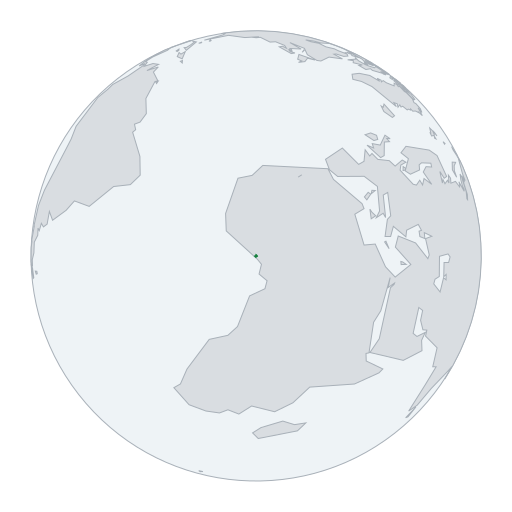 globe centered on Mono, rotated 52°
{"feature_id": "BEN-2180", "entity_name": "Mono", "entity_type": "Department", "adm_level": 1, "iso_a3": "BEN", "parent_name": "Benin", "parent_adm1": "", "projection": "orthographic", "projection_center": [1.785, 6.48], "detail": "fine", "context": "on_globe", "style": "filled", "palette": "green", "viewbox_px": 512, "rotation_deg": 52, "n_neighbors": 0, "source": "natural_earth", "source_scale": "10m", "svg_char_len": 8666}
<svg xmlns="http://www.w3.org/2000/svg" viewBox="0 0 512 512"><g transform="rotate(52 256 256)"><circle cx="256" cy="256" r="225" fill="#eef3f6" stroke="#a8b0b8"/><path d="M175.7,45.5L172.6,46.8L174.8,46.1L169.9,48.2L176.0,46.0L180.1,44.3L184.1,42.9L185.8,42.6L179.8,44.9L178.1,45.4L177.2,46.0L173.4,47.4L176.2,46.5L168.7,49.8L178.6,46.2L174.7,48.6L169.0,51.0L166.5,51.1L147.0,59.1L140.5,62.8L133.9,67.1L128.0,73.8L122.1,78.2L116.3,83.8L121.0,80.8L127.1,75.5L134.3,72.1L141.0,66.7L144.9,64.8L153.0,59.9L155.0,60.5L152.7,64.0L146.1,68.5L144.9,70.4L153.9,66.5L144.2,76.0L142.3,84.8L139.4,87.6L129.0,91.6L122.2,90.0L108.7,97.9L120.7,93.0L113.4,101.4L113.6,103.2L115.9,103.2L120.0,100.3L118.2,103.6L105.5,108.9L107.0,106.0L111.0,104.1L107.7,103.8L99.2,108.7L96.1,113.2L86.4,117.9L84.1,121.5L80.7,124.9L85.0,118.7L77.0,130.3L65.2,141.8L54.1,163.8L61.4,146.0L61.8,143.4L61.3,143.0L59.3,146.5L60.3,144.4L69.4,129.8L79.6,115.9L90.8,102.8L103.0,90.7L116.1,79.5L130.0,69.3L144.6,60.2L159.9,52.3L175.7,45.5ZM45.0,177.2L45.8,174.9L46.5,174.3L39.3,194.4L39.4,199.1L35.6,214.8L34.7,223.6L36.4,222.4L37.7,227.3L40.9,218.7L45.0,214.8L42.7,227.8L46.9,216.6L47.9,223.6L57.6,225.5L56.3,228.2L64.1,245.8L76.3,254.8L79.1,264.9L77.3,270.6L82.4,273.1L82.5,277.0L106.1,286.2L121.0,297.5L122.4,311.1L113.6,325.4L114.2,356.9L100.8,365.2L103.1,377.5L102.6,394.3L93.7,391.4L102.3,401.0L102.2,405.6L98.1,405.0L102.6,411.2L99.8,410.6L105.3,415.2L108.6,422.2L116.8,429.1L121.2,434.6L126.7,438.6L125.5,438.1L126.3,439.1L129.0,441.1L121.8,436.6L110.8,427.8L106.8,423.8L105.1,422.6L95.6,411.9L96.6,413.7L82.3,396.3L73.9,382.2L54.4,339.1L50.1,329.8L43.0,317.8L33.7,283.0L33.4,270.1L32.6,263.4L35.4,245.9L36.5,228.0L36.0,225.0L34.3,231.1L34.3,218.5L36.8,204.8L37.6,200.7L45.0,177.2ZM50.6,171.2L51.0,184.2L47.6,184.3L48.8,182.5L49.4,177.5L49.4,172.5L47.3,173.9L50.6,171.2ZM57.8,159.9L57.5,158.8L58.3,159.0L57.8,159.9ZM151.3,60.0L152.1,59.9L150.2,60.8L151.3,60.0ZM154.0,58.0L151.2,59.1L152.1,58.4L153.8,57.7L154.0,58.0ZM157.3,56.9L154.0,57.0L155.6,55.8L163.5,52.4L157.3,56.9ZM180.6,44.0L176.3,45.7L178.4,44.7L180.6,44.0ZM194.7,39.2L189.3,40.8L194.7,39.2L180.9,43.7L181.0,43.6L194.7,39.2ZM185.9,42.3L185.3,42.3L191.5,40.3L193.8,40.0L191.1,40.7L185.9,42.3ZM190.5,41.0L194.8,39.9L193.4,40.7L186.9,42.3L190.5,41.0ZM192.2,40.0L195.3,39.1L194.3,39.4L192.2,40.0ZM190.9,43.7L190.1,43.3L193.3,42.1L190.9,43.7ZM196.5,39.5L196.9,39.3L198.1,38.9L200.5,38.4L196.5,39.5ZM202.7,37.1L203.1,37.0L204.0,36.8L208.6,35.8L209.1,35.6L203.2,37.0L207.1,36.1L208.1,36.0L202.1,37.4L202.4,37.2L202.7,37.1ZM206.5,36.9L200.0,39.1L200.8,39.9L198.0,40.8L197.2,39.5L206.5,36.9ZM204.4,37.0L205.1,37.1L201.3,38.0L198.5,38.6L204.4,37.0ZM212.9,34.9L213.4,34.8L212.4,35.0L212.9,34.9ZM207.5,36.9L209.0,36.4L208.0,36.8L207.5,36.9ZM212.4,35.1L211.1,35.3L212.7,35.0L212.4,35.1ZM213.2,35.5L211.1,36.1L209.2,36.3L213.2,35.5ZM213.5,35.1L216.1,34.6L209.7,36.1L212.6,35.3L213.5,35.1ZM214.2,34.8L214.8,34.6L214.6,34.7L214.2,34.8ZM221.9,34.5L214.4,36.2L210.0,36.6L217.9,34.8L221.9,34.5ZM136.5,445.6L123.7,438.0L129.7,441.6L127.2,439.1L136.3,444.5L136.5,445.6ZM132.0,439.2L133.1,438.1L135.3,439.3L135.0,440.4L132.0,439.2ZM469.2,183.1L463.7,169.5L464.9,176.0L468.3,199.5L472.8,220.9L472.2,231.2L461.7,202.0L454.2,182.3L452.1,184.9L439.8,169.8L423.5,171.7L419.6,167.0L416.9,169.9L408.0,165.9L401.5,158.2L396.8,159.4L413.7,179.8L418.5,178.7L420.4,169.7L424.4,177.4L432.8,183.5L428.9,204.2L402.2,225.6L397.1,209.8L363.8,169.6L363.4,164.8L363.2,164.3L362.6,163.4L362.2,171.2L355.6,163.6L376.0,191.4L380.6,204.1L401.9,226.6L400.5,229.3L406.6,233.8L423.1,225.6L423.8,231.0L417.5,257.2L392.4,294.4L394.4,317.3L390.2,337.2L371.5,351.8L370.0,366.8L359.9,372.8L357.2,381.4L347.3,390.9L332.0,400.3L309.2,401.8L310.3,394.3L302.6,380.0L292.9,344.2L301.2,327.0L300.2,314.0L283.5,285.6L287.3,269.1L282.3,262.5L272.1,264.7L265.9,256.8L259.5,256.9L217.9,264.0L203.8,253.8L183.6,222.3L190.1,209.4L188.8,194.9L231.5,145.6L243.3,147.8L280.1,140.2L285.2,141.7L283.9,152.4L313.9,164.1L320.0,154.7L344.2,160.6L358.3,159.3L358.0,139.2L334.8,140.7L327.8,131.6L344.0,122.2L363.9,122.2L361.8,118.8L346.7,111.7L348.7,105.3L341.2,109.0L346.2,112.2L341.6,114.9L336.8,112.2L337.7,109.8L331.0,108.7L328.4,121.4L333.2,126.1L317.2,129.5L323.5,137.9L320.1,142.3L308.0,129.9L307.3,125.1L287.0,113.1L286.3,118.2L305.5,130.2L300.6,129.5L299.9,137.7L296.6,130.9L275.9,117.5L259.8,121.7L243.6,142.7L233.3,145.0L222.6,141.7L224.1,121.5L247.0,118.7L247.9,112.6L239.5,104.6L247.2,104.8L246.6,101.5L254.9,100.5L262.9,92.3L270.8,91.0L270.4,81.7L274.4,80.1L273.5,85.9L277.1,89.6L296.2,88.0L298.9,85.9L297.1,80.3L302.6,81.0L298.4,75.9L307.7,73.4L292.8,72.5L290.3,67.0L294.0,62.8L290.5,61.1L284.5,68.2L284.6,71.3L288.9,74.1L286.6,84.0L280.8,86.0L273.1,76.0L263.9,78.2L261.9,70.3L279.2,54.3L288.3,51.5L310.7,56.8L310.6,59.8L302.6,59.1L313.3,64.2L310.8,61.6L315.4,62.6L314.2,58.5L317.3,59.0L310.7,54.6L314.5,54.8L318.6,57.6L320.0,52.9L326.8,53.0L325.6,51.8L322.4,50.4L333.2,52.1L331.8,51.1L327.7,50.1L322.3,47.8L317.0,44.7L321.0,45.4L323.5,46.6L334.8,50.8L340.7,54.6L341.9,54.6L337.7,51.6L323.9,46.4L319.5,44.3L326.2,46.3L323.4,45.4L322.5,44.7L325.4,44.8L318.2,42.6L302.8,36.1L306.9,36.6L314.5,38.5L312.4,37.9L327.7,42.4L342.6,48.0L357.0,54.6L371.0,62.3L384.3,70.9L397.1,80.4L409.1,90.8L420.4,102.0L430.8,113.9L440.4,126.6L449.1,140.0L456.8,153.9L463.5,168.3L469.2,183.1ZM220.2,169.9L219.8,174.2L220.2,169.9ZM387.4,133.1L397.7,133.1L388.6,121.6L391.8,120.9L387.6,117.5L387.9,120.8L376.9,111.8L379.7,108.2L376.2,103.6L372.6,103.4L369.2,111.6L385.0,124.2L384.5,129.2L387.4,133.1ZM58.0,225.4L58.9,228.2L57.1,227.9L58.0,225.4ZM45.5,189.3L46.4,190.1L46.3,192.3L45.3,192.6L45.5,189.3ZM56.7,193.6L58.5,195.3L56.0,195.7L56.7,193.6ZM51.4,185.9L55.2,192.8L50.4,195.3L48.3,191.3L50.7,190.9L51.4,185.9ZM54.1,166.8L54.3,168.0L53.1,170.2L54.1,166.8ZM58.4,160.2L58.1,160.3L58.7,158.3L58.4,160.2ZM114.1,101.1L115.1,100.8L116.7,101.5L114.5,102.6L114.1,101.1ZM132.9,97.8L129.6,103.3L130.4,99.9L126.6,102.0L123.6,98.1L137.9,88.9L131.9,93.6L132.9,97.8ZM123.6,91.3L123.9,94.2L123.1,91.4L123.6,91.3ZM235.1,86.7L239.1,88.3L237.6,92.0L227.6,95.4L229.6,89.9L235.1,86.7ZM245.1,89.8L240.2,80.0L246.2,78.1L243.7,80.7L248.1,80.4L245.2,84.7L255.8,93.2L255.2,97.2L237.0,100.3L243.3,96.8L239.0,95.2L245.1,89.8ZM217.1,64.2L215.1,61.6L230.8,60.5L230.8,63.2L220.9,66.3L214.9,65.0L217.1,64.2ZM171.8,51.5L170.0,51.7L171.7,50.9L174.6,50.0L171.8,51.5ZM190.3,43.6L181.4,50.0L178.9,50.5L176.7,54.6L169.2,57.6L170.9,54.6L163.5,60.4L162.0,59.0L157.8,63.0L162.3,56.2L160.6,55.7L165.3,55.0L172.2,52.2L174.7,50.8L180.6,46.8L180.5,45.0L187.3,42.6L192.2,41.3L193.2,41.3L188.4,42.8L193.3,41.8L187.2,44.1L190.3,43.6ZM245.0,36.9L239.0,37.1L247.8,38.5L241.7,39.5L243.1,39.6L239.9,41.1L238.4,43.3L235.3,43.6L236.1,44.4L234.0,45.6L234.0,46.9L228.3,48.2L227.9,50.0L225.4,49.6L226.2,52.5L223.1,51.0L220.0,52.9L224.7,53.4L193.9,60.3L183.4,65.4L176.4,70.9L171.9,68.4L175.6,62.2L183.8,55.2L194.5,51.0L190.6,51.1L194.5,49.2L196.0,50.0L196.1,47.8L199.8,46.6L207.0,42.4L204.9,40.8L207.5,39.5L210.2,39.6L210.9,38.4L217.7,37.8L219.7,37.0L228.4,36.0L232.4,37.1L234.3,36.2L241.0,35.8L245.0,36.9ZM224.3,34.2L230.4,34.5L230.1,35.5L215.1,37.0L212.3,37.8L202.7,39.5L203.3,38.2L206.0,37.8L208.8,37.1L207.5,37.7L210.6,36.8L214.4,36.3L217.9,35.5L218.9,35.7L224.3,34.2ZM289.2,137.4L292.8,137.7L298.0,136.9L297.6,142.3L289.2,137.4ZM274.9,128.4L277.9,127.5L280.0,134.1L276.2,134.2L274.9,128.4ZM277.8,121.7L277.9,126.9L275.6,124.2L277.8,121.7ZM276.1,85.0L279.1,84.1L280.1,85.4L279.2,87.5L276.1,85.0ZM269.6,43.7L266.2,43.0L266.7,42.5L262.1,40.3L266.2,39.8L270.6,40.9L269.6,43.7ZM355.1,142.8L352.1,146.9L349.5,145.2L351.0,144.1L355.1,142.8ZM324.3,144.5L332.2,146.6L324.1,146.0L324.3,144.5ZM273.3,42.7L271.0,41.7L274.5,42.1L273.3,42.7ZM269.0,39.3L272.8,39.5L266.2,39.5L269.0,39.3ZM393.2,430.5L391.5,432.8L389.9,433.3L393.2,430.5ZM419.3,331.0L401.2,366.6L393.3,367.6L394.3,357.7L402.6,336.5L412.6,329.5L418.2,319.5L419.3,331.0ZM473.4,222.9L476.3,235.2L475.6,237.7L473.4,222.9ZM305.1,41.0L306.9,44.3L310.9,47.2L317.5,49.4L309.0,48.2L302.8,43.6L305.1,41.0ZM302.7,36.4L297.0,35.2L298.9,35.3L300.4,35.6L302.7,36.4ZM299.7,35.9L293.8,35.4L290.2,34.5L295.5,35.1L299.7,35.9ZM283.8,37.8L284.0,38.6L281.1,38.2L283.8,37.8Z" fill="#d9dde1" stroke="#a8b0b8" stroke-width="1"/><path d="M255.4,255.6L255.3,255.4L255.2,255.3L255.1,255.2L255.3,255.1L255.5,255.2L256.0,255.1L256.4,255.0L256.6,255.0L256.9,255.1L256.9,255.3L256.8,255.5L256.8,255.9L256.8,256.0L256.7,256.3L256.7,256.5L256.8,256.7L256.8,256.8L256.4,256.8L255.4,257.0L255.4,256.9L255.9,256.8L256.0,256.8L255.9,256.5L255.8,256.2L255.7,256.1L255.6,255.9L255.5,255.7L255.4,255.6Z" fill="#22c55e" stroke="#15803d" stroke-width="1.5"/></g></svg>